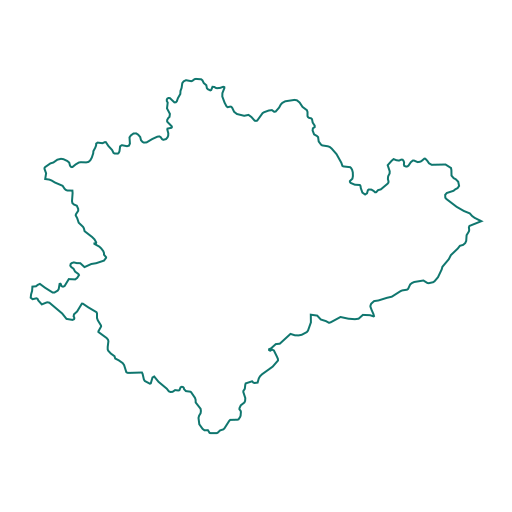 Trung Khanh, Cao Bằng, Vietnam
{"feature_id": "81297802B42277751936117", "entity_name": "Trung Khanh", "entity_type": "district", "adm_level": 2, "iso_a3": "VNM", "parent_name": "Vietnam", "parent_adm1": "Cao Bằng", "projection": "mercator", "projection_center": [106.547, 22.825], "detail": "fine", "context": "isolated", "style": "outline", "palette": "teal", "viewbox_px": 512, "rotation_deg": 0, "n_neighbors": 0, "source": "geoboundaries", "source_scale": "gbopen_adm2", "svg_char_len": 5973}
<svg xmlns="http://www.w3.org/2000/svg" viewBox="0 0 512 512"><path d="M481.3,221.2L474.7,217.9L472.1,216.0L469.8,213.4L463.9,211.0L456.6,206.8L446.4,199.0L445.3,197.7L445.2,194.8L446.8,193.0L453.5,190.8L455.3,189.3L457.6,188.1L459.1,185.9L458.2,181.7L455.7,179.2L453.7,178.2L451.5,175.6L451.4,170.1L451.0,168.0L445.5,164.5L431.7,164.8L429.0,163.3L427.3,160.8L425.3,158.7L424.4,158.6L421.3,161.2L419.8,161.8L417.6,162.1L413.9,160.5L412.9,160.5L410.8,162.2L408.5,165.6L407.4,166.4L406.2,166.6L404.3,165.9L403.9,164.6L404.1,162.4L403.5,160.8L402.6,159.7L401.3,159.6L399.0,160.6L396.3,160.2L393.6,159.1L391.6,160.8L387.7,165.2L389.7,171.3L389.6,173.5L388.2,176.2L388.0,177.5L387.9,179.2L388.5,181.3L388.4,182.6L387.6,183.7L380.8,189.4L378.1,190.1L376.2,192.2L375.1,192.3L373.7,191.0L371.4,189.6L368.8,189.5L367.9,190.2L367.0,193.3L365.1,194.5L362.4,192.6L360.8,188.1L360.5,186.0L359.8,185.0L354.8,184.7L350.6,182.9L349.9,181.9L349.9,181.1L352.4,178.7L352.9,176.1L352.8,172.4L352.1,169.8L351.1,168.1L350.2,167.2L343.3,166.4L342.4,165.9L341.3,162.7L336.5,154.1L331.7,148.6L329.8,147.0L327.9,146.3L322.2,145.4L321.1,144.7L318.7,141.5L318.1,137.1L316.8,135.9L314.1,134.4L312.6,130.5L312.9,128.3L314.7,127.1L314.7,125.7L312.7,122.6L312.0,119.2L311.1,118.3L309.1,117.9L308.0,117.1L307.5,116.1L307.5,112.0L306.9,110.2L302.5,106.9L299.6,102.5L296.9,100.3L294.5,99.9L285.2,101.3L282.3,102.9L280.8,104.5L279.1,107.6L275.7,111.5L274.2,111.8L271.9,110.1L268.8,110.5L264.1,112.2L262.6,113.1L257.2,120.6L256.0,120.9L254.7,120.7L251.4,117.0L248.5,114.9L244.2,115.8L236.9,114.0L234.1,111.8L232.2,107.8L231.3,106.8L230.3,106.6L227.6,107.2L226.5,106.3L224.6,102.7L222.3,96.5L222.4,93.1L224.4,88.0L224.3,87.1L223.2,86.8L220.1,87.9L217.0,88.2L215.7,87.9L214.4,87.0L212.5,86.8L211.2,90.0L210.3,90.4L207.8,89.2L206.9,88.2L206.3,85.2L203.8,83.1L202.4,80.3L201.2,79.3L195.9,78.9L194.5,79.2L192.4,80.8L191.3,81.2L186.0,80.2L183.7,81.3L182.3,83.1L181.6,87.9L180.5,90.9L180.3,94.0L177.9,98.2L176.8,101.3L175.8,102.3L174.4,102.4L169.9,98.1L168.4,98.0L167.3,98.6L166.8,99.6L166.8,101.0L167.7,102.6L167.0,108.4L169.9,113.9L169.5,116.9L168.3,118.0L167.2,119.9L167.1,121.2L167.4,121.9L171.8,126.4L171.8,127.4L171.4,127.8L167.5,128.6L167.3,129.5L168.3,133.3L168.2,135.7L167.5,137.4L166.0,139.1L163.3,139.8L162.1,139.2L160.6,137.1L159.3,136.4L157.3,136.7L152.3,139.0L146.6,142.4L143.9,142.6L142.6,142.0L141.0,140.2L140.2,137.0L138.2,134.7L136.2,133.4L133.5,133.5L130.9,135.4L129.5,137.4L129.9,143.6L128.9,145.7L127.0,146.2L121.9,145.2L121.0,145.7L120.1,146.4L119.5,151.1L118.9,152.6L117.9,153.6L114.5,153.5L113.5,152.9L112.1,150.0L108.4,146.0L105.8,142.1L104.9,142.1L102.5,143.2L97.6,142.6L96.2,143.6L96.1,145.4L95.2,147.8L93.4,151.1L93.2,153.4L91.8,157.6L90.3,160.3L88.5,161.9L86.2,162.4L80.8,162.2L78.9,162.5L75.7,164.4L72.5,167.0L71.8,167.1L70.9,166.8L70.0,165.6L69.2,162.6L67.3,161.0L63.5,159.2L61.0,158.8L57.3,159.7L53.4,162.5L50.4,163.4L45.1,167.1L44.5,168.0L44.5,168.9L46.1,173.3L45.2,179.0L49.3,179.6L51.6,180.5L54.9,182.5L62.6,185.8L64.6,188.8L65.8,189.9L67.3,190.5L72.4,190.6L72.6,193.1L72.0,201.1L72.4,203.1L73.9,204.5L76.8,205.7L78.2,208.9L78.2,210.8L75.9,214.3L75.7,215.4L77.2,218.2L78.7,222.7L83.1,226.9L83.9,228.4L84.6,231.2L92.1,237.0L94.5,239.4L96.2,242.4L96.0,243.2L94.4,243.4L94.4,243.9L99.3,246.6L101.2,248.4L103.3,251.2L104.0,253.1L104.0,254.7L106.1,257.2L106.1,257.8L104.0,260.6L96.2,263.2L91.3,264.0L84.5,267.1L80.3,263.2L76.7,263.1L73.8,262.4L71.7,263.1L70.7,263.9L70.3,265.7L71.3,267.1L73.5,268.7L75.1,271.6L78.4,274.0L79.0,275.1L77.2,277.9L75.2,279.4L68.8,279.1L64.6,286.0L63.4,286.6L62.5,286.6L61.3,285.9L60.9,284.2L60.4,283.7L59.6,283.9L58.7,289.1L57.7,290.6L54.5,292.5L52.6,292.5L45.0,287.7L39.9,283.9L37.7,284.9L36.0,286.3L32.4,286.6L32.1,290.9L31.1,294.3L30.7,297.7L32.6,299.2L36.4,298.3L37.5,298.8L38.3,300.5L41.8,304.4L46.5,302.5L47.5,302.3L49.4,302.7L62.2,313.5L66.5,318.9L72.5,319.9L74.0,319.2L74.3,318.6L74.2,317.3L73.6,316.4L74.0,314.3L77.1,311.5L81.9,303.6L82.9,303.7L88.2,307.3L96.5,312.2L97.0,313.4L97.0,318.0L97.8,320.3L101.0,325.5L101.1,326.5L98.4,331.3L98.4,332.0L106.6,338.0L108.0,339.7L108.4,341.3L107.7,346.9L107.7,349.4L108.2,350.7L110.9,353.6L114.5,356.2L115.2,358.5L118.7,360.3L122.7,363.1L124.1,365.1L126.3,372.1L127.4,372.8L129.2,372.9L141.9,372.5L142.6,373.9L143.9,379.5L144.8,381.0L149.9,383.7L150.8,383.3L152.5,377.5L154.2,376.5L158.5,381.8L166.8,388.7L168.8,391.3L170.5,392.0L172.6,391.8L175.1,390.1L178.3,390.5L179.4,390.2L180.6,387.3L181.7,386.8L182.9,387.0L183.7,387.7L184.1,389.2L185.9,391.1L190.4,391.7L191.1,392.2L195.0,397.9L195.6,399.8L195.7,402.5L200.6,408.8L200.9,411.0L200.6,413.2L199.1,415.7L198.5,417.9L199.3,424.3L202.6,428.9L204.5,430.3L207.9,430.2L209.6,432.9L210.5,433.1L216.7,433.1L217.6,432.8L220.1,430.4L223.3,429.4L224.4,428.4L229.2,420.9L230.2,419.9L237.5,419.7L238.5,419.4L240.1,417.0L240.6,415.7L240.9,412.0L240.7,411.0L239.4,409.2L239.5,408.1L240.8,405.3L244.4,402.5L245.1,400.9L245.3,398.1L243.3,392.0L243.4,390.9L244.8,388.8L245.3,384.6L245.7,383.4L252.1,381.3L253.2,382.5L254.4,383.0L257.6,382.6L258.8,378.4L260.0,376.3L262.0,374.3L272.7,366.6L278.0,360.5L277.9,358.9L276.8,356.4L273.9,350.5L272.1,349.6L270.2,350.7L269.1,350.1L269.1,349.2L271.0,348.4L275.8,344.1L279.8,343.7L290.5,333.9L294.9,335.3L298.6,335.4L301.7,334.8L306.8,332.1L308.0,330.6L310.9,322.4L310.8,314.7L317.2,315.6L320.8,319.5L325.9,321.1L329.0,322.8L330.7,322.3L340.5,317.0L348.4,318.7L354.9,319.2L358.6,318.7L362.9,314.9L370.0,315.2L373.6,316.4L374.0,316.1L373.4,314.0L371.5,309.7L370.4,306.6L370.5,305.5L371.2,303.7L374.1,301.1L378.3,300.5L387.0,297.8L391.8,296.7L400.6,291.1L402.3,290.4L407.0,289.7L408.1,288.9L410.2,284.4L412.0,283.0L414.2,282.0L423.4,280.5L427.4,283.0L428.7,283.2L433.2,282.2L434.6,281.2L438.0,277.2L441.7,269.4L442.4,266.8L448.8,259.2L450.9,255.1L457.8,248.5L459.9,245.8L463.1,244.9L465.2,243.1L466.2,240.9L466.6,235.2L468.9,231.4L469.2,230.0L468.9,227.3L469.5,225.9L481.3,221.2Z" fill="none" stroke="#0f766e" stroke-width="2"/></svg>